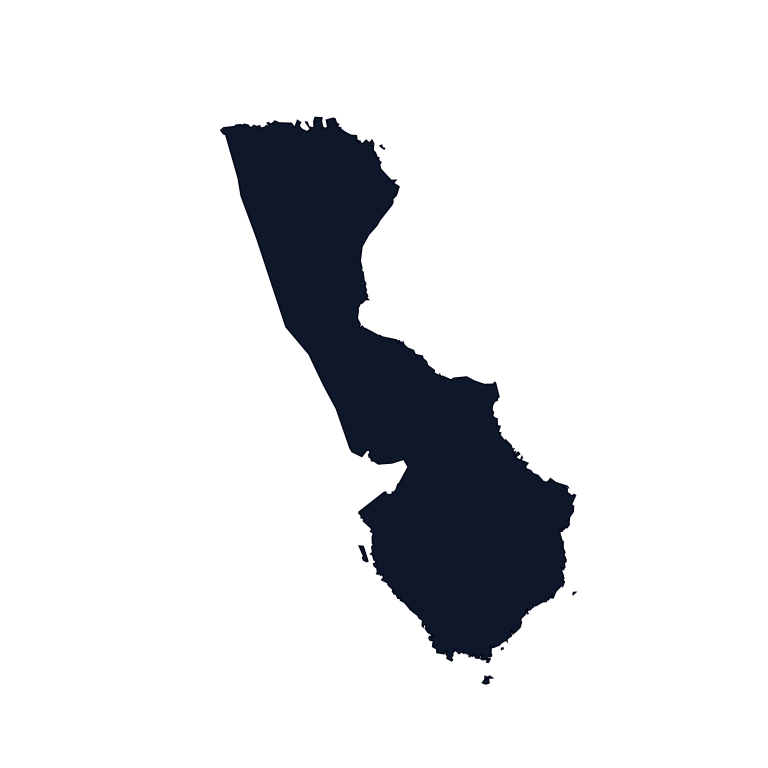 the district of Negros Occidental, Negros Occidental, Philippines, rotated 122°
{"feature_id": "2640588B49335496833592", "entity_name": "Negros Occidental", "entity_type": "district", "adm_level": 2, "iso_a3": "PHL", "parent_name": "Philippines", "parent_adm1": "Negros Occidental", "projection": "mercator", "projection_center": [123.007, 10.244], "detail": "fine", "context": "isolated", "style": "filled", "palette": "ink", "viewbox_px": 768, "rotation_deg": 122, "n_neighbors": 0, "source": "geoboundaries", "source_scale": "gbopen_adm2", "svg_char_len": 6180}
<svg xmlns="http://www.w3.org/2000/svg" viewBox="0 0 768 768"><g transform="rotate(122 384 384)"><path d="M505.8,337.3L506.9,336.7L507.6,333.5L509.5,332.6L509.0,330.2L509.5,329.0L511.1,328.9L512.9,318.9L513.5,317.5L516.1,317.2L516.2,313.7L519.9,312.9L525.1,309.4L525.8,307.6L528.6,308.0L532.9,304.3L535.2,305.2L534.9,303.3L538.5,299.0L538.1,297.3L540.3,296.2L542.0,297.6L543.6,295.7L543.8,292.5L546.9,289.8L548.7,289.7L548.3,288.0L546.7,287.4L548.0,285.7L546.4,284.8L548.1,281.8L551.3,282.1L550.5,275.3L552.2,274.1L553.6,267.2L555.4,266.9L556.6,264.3L555.9,262.2L558.3,258.8L557.2,256.5L558.7,255.3L558.3,250.9L561.6,241.1L560.9,239.2L561.8,239.0L562.2,233.0L563.9,229.9L563.8,226.1L568.9,223.4L569.1,222.0L568.1,223.0L566.6,222.4L566.5,220.4L569.7,218.8L571.3,215.2L571.2,208.5L572.5,210.2L573.5,209.6L574.1,211.6L576.1,210.8L576.9,208.7L575.5,207.0L575.9,206.0L580.9,203.6L580.7,198.9L583.7,196.8L580.9,190.1L579.8,190.7L578.6,189.9L577.5,190.8L577.2,190.4L578.0,190.0L577.4,189.0L579.9,188.5L581.2,186.0L583.3,185.2L582.9,179.9L581.7,179.8L580.4,182.0L577.8,181.8L575.4,183.4L571.6,182.2L572.9,177.6L570.2,176.4L570.0,173.6L568.5,174.3L568.9,170.7L567.7,168.9L570.0,167.2L567.8,165.9L568.1,164.8L566.2,164.5L567.6,160.7L565.9,158.0L564.9,159.2L561.4,157.3L564.5,156.6L563.5,155.9L564.2,155.1L565.7,156.3L565.5,154.0L563.3,151.7L559.6,152.4L559.4,149.7L557.6,148.7L555.6,150.3L556.0,151.4L553.4,151.7L551.7,153.2L552.1,154.1L551.5,153.6L551.0,154.8L549.0,155.3L550.5,154.3L549.2,153.6L550.3,152.7L549.2,151.5L544.2,147.8L541.5,147.6L536.6,144.9L536.9,143.4L535.9,144.4L533.5,144.2L530.2,142.5L525.8,146.2L525.3,141.4L518.3,139.7L513.1,141.3L512.8,142.5L510.0,143.6L504.3,142.2L501.6,143.2L502.6,140.3L502.3,140.2L500.3,144.1L497.8,142.5L500.1,143.5L500.8,142.5L497.6,140.7L497.9,139.6L497.3,140.6L493.7,139.2L492.3,139.8L491.8,137.9L484.5,134.0L482.5,131.2L480.8,131.8L479.9,130.3L473.2,130.0L476.6,129.1L475.8,127.2L468.8,128.4L461.8,127.0L460.2,126.0L460.6,125.3L456.2,126.3L455.2,128.8L453.4,128.5L453.3,129.8L451.8,130.0L448.6,134.2L446.4,135.1L446.2,134.3L445.8,135.6L445.3,133.8L443.5,133.6L440.7,136.2L438.0,135.7L436.4,136.7L433.5,141.0L430.9,141.4L428.3,145.2L422.8,148.5L422.5,150.3L417.1,156.1L415.3,156.3L414.3,154.9L413.2,157.3L412.4,154.5L409.2,154.0L408.9,152.7L405.6,152.4L403.5,153.3L404.6,153.1L402.2,155.5L402.2,154.4L398.2,156.2L391.9,155.9L387.2,158.6L388.0,159.3L386.3,161.3L377.0,162.6L377.0,164.2L377.9,164.0L379.4,166.0L378.8,171.4L375.7,173.2L376.0,177.1L374.2,175.4L374.0,173.5L373.6,174.4L376.7,186.3L376.0,192.7L380.8,193.3L382.4,197.0L380.0,205.2L381.1,210.1L379.7,213.6L380.6,218.5L379.0,220.4L374.9,220.1L376.1,226.2L375.6,227.8L373.2,227.7L372.7,228.4L375.9,227.8L376.6,229.0L376.7,233.2L375.0,233.2L376.6,233.6L376.1,235.5L375.2,233.5L371.5,231.9L370.7,234.0L374.1,235.4L373.4,237.1L371.0,236.5L373.5,237.5L372.5,239.6L370.4,239.6L371.2,240.9L368.7,243.9L367.0,251.3L368.4,251.5L365.7,258.9L363.7,259.2L364.4,261.3L363.1,262.0L358.4,263.1L359.4,265.9L353.6,269.7L354.3,272.8L353.0,275.5L350.4,275.9L348.5,279.0L344.3,280.8L340.1,281.0L337.6,279.3L336.6,280.5L334.0,279.7L324.4,289.6L323.6,291.4L324.6,290.6L326.6,291.6L331.2,298.5L333.6,308.4L334.3,317.7L342.5,328.3L345.1,328.9L346.4,338.6L347.3,339.3L347.9,338.6L348.4,338.5L346.4,341.8L347.8,341.7L348.1,347.4L345.8,348.6L345.2,356.8L342.5,360.0L341.9,364.5L340.0,366.1L342.5,373.2L340.0,376.7L341.1,383.2L340.3,387.6L338.7,389.7L340.5,389.4L339.0,390.6L340.1,392.4L339.2,393.9L340.6,395.2L341.2,393.6L341.7,394.4L340.0,396.5L345.0,410.2L345.1,413.4L345.9,413.4L346.9,429.6L347.7,430.1L346.5,433.0L348.9,434.1L348.7,435.3L345.9,435.9L342.5,441.5L334.8,445.0L333.8,447.1L333.2,446.2L327.1,447.0L327.3,445.6L322.4,444.5L320.7,442.0L320.0,444.8L318.3,444.4L317.3,445.4L317.4,447.9L316.5,447.2L316.1,448.5L313.6,448.8L310.6,452.8L309.8,452.1L308.3,453.0L307.0,455.6L300.3,461.1L300.3,462.8L296.9,464.6L292.3,469.4L279.2,475.5L265.4,476.2L252.8,474.1L247.3,474.5L228.0,472.3L225.1,472.7L222.5,474.8L217.5,473.6L208.8,475.8L208.7,481.6L207.9,482.5L205.0,482.0L207.6,485.9L203.7,500.4L200.5,503.9L197.7,504.1L197.1,507.3L194.9,508.3L195.5,510.0L192.4,513.8L191.6,517.0L185.5,520.3L183.7,523.4L187.4,523.9L186.8,528.4L191.1,529.2L192.2,531.0L190.9,532.9L193.2,534.4L192.8,535.3L190.9,533.7L192.1,536.8L191.0,536.6L188.1,539.0L190.7,544.0L191.1,550.2L193.0,550.4L191.1,551.2L190.8,555.5L192.0,556.2L189.8,556.3L190.6,560.5L187.9,560.1L188.0,562.6L185.1,566.0L185.5,567.9L190.8,572.7L195.9,567.9L198.6,569.1L198.5,572.4L194.1,576.5L191.2,577.7L194.5,583.7L198.4,582.7L203.2,579.4L204.8,580.5L205.6,584.1L206.8,581.4L210.9,583.0L211.5,588.8L210.6,591.8L208.8,593.5L206.5,593.2L206.3,597.0L214.0,595.5L212.0,600.7L218.2,611.2L218.8,615.8L222.4,616.9L224.7,619.0L227.1,618.8L227.6,620.9L228.4,620.4L231.5,623.0L232.4,624.3L230.9,626.3L233.2,628.3L233.7,631.5L236.3,631.9L237.4,633.6L236.5,636.7L238.0,640.4L240.2,641.4L240.0,642.9L242.7,646.5L245.0,647.2L251.8,655.8L255.3,656.8L256.9,652.8L256.3,650.4L286.9,616.5L300.2,604.8L327.4,569.6L387.4,497.5L398.4,463.5L417.0,434.4L430.2,411.3L456.4,378.9L458.3,375.1L457.2,364.4L449.3,363.6L447.8,360.6L450.9,359.1L451.8,359.7L453.9,357.7L453.1,355.2L454.4,355.3L455.7,353.8L454.6,351.8L454.8,346.4L446.8,335.5L437.3,327.4L441.5,319.5L460.3,318.4L462.0,319.1L466.4,317.8L470.3,318.0L471.2,319.6L472.4,318.5L475.1,320.5L476.4,324.4L475.5,325.6L475.1,324.9L474.9,324.9L475.4,326.3L505.8,337.3ZM542.7,303.9L532.8,315.5L534.5,319.2L540.9,309.9L542.5,310.1L544.2,308.2L543.8,304.5L542.7,303.9ZM575.8,136.5L575.7,139.4L576.9,139.2L577.0,140.5L579.8,141.4L578.0,142.6L578.6,143.4L580.6,141.8L585.2,142.2L584.5,138.8L581.8,136.5L579.2,138.9L579.7,141.4L575.8,136.5ZM564.8,148.0L561.0,148.2L561.6,151.0L565.4,149.6L564.8,148.0ZM184.7,508.5L183.3,508.4L184.4,508.8L184.3,510.5L182.8,512.5L184.2,513.4L184.7,508.5ZM223.4,620.3L224.6,621.2L225.2,619.7L224.1,618.8L223.4,620.3ZM204.5,585.7L202.8,587.7L203.3,589.1L204.3,587.8L204.5,585.7ZM527.5,142.1L525.6,142.1L526.4,143.7L527.5,142.1ZM545.4,142.7L544.8,143.4L545.8,144.2L546.8,143.6L545.4,142.7ZM459.2,111.2L460.1,112.6L461.4,112.7L462.2,112.0L459.2,111.2Z" fill="#0f172a" stroke="#020617" stroke-width="1.5"/></g></svg>